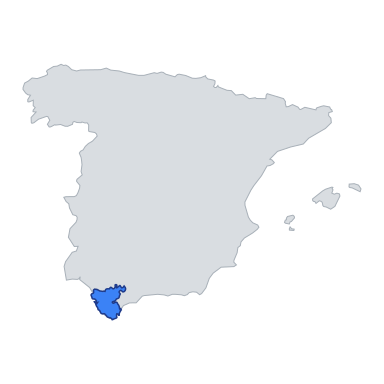 Spain, with Cádiz highlighted
{"feature_id": "ESP-5812", "entity_name": "Cádiz", "entity_type": "Autonomous Community", "adm_level": 1, "iso_a3": "ESP", "parent_name": "Spain", "parent_adm1": "", "projection": "equal_earth", "projection_center": [-5.7, 36.526], "detail": "fine", "context": "in_parent", "style": "filled", "palette": "blue", "viewbox_px": 384, "rotation_deg": 0, "n_neighbors": 0, "source": "natural_earth", "source_scale": "10m", "svg_char_len": 5702}
<svg xmlns="http://www.w3.org/2000/svg" viewBox="0 0 384 384"><path d="M205.6,75.7L205.7,76.8L207.7,78.9L213.6,80.1L215.1,81.0L214.9,83.9L213.5,86.4L214.8,87.5L216.2,87.5L217.9,85.5L218.3,86.8L221.1,88.0L227.0,90.3L231.3,90.6L235.7,95.1L242.8,94.3L249.2,98.7L255.2,97.7L256.5,98.5L265.8,98.7L266.2,95.1L267.2,93.7L283.5,98.6L285.5,101.7L285.2,103.2L286.2,106.8L288.3,106.6L292.5,104.6L298.0,107.1L299.6,109.3L300.7,109.5L304.8,107.3L316.0,109.9L316.4,108.2L317.2,107.7L321.8,106.2L323.7,105.8L329.7,107.0L330.5,109.0L331.7,109.8L332.3,111.6L328.8,112.6L328.6,115.6L330.9,118.2L331.3,122.7L325.5,128.4L308.7,138.2L303.3,144.0L290.6,147.0L277.5,151.4L269.8,159.2L271.8,159.8L274.3,162.5L273.5,163.6L270.1,165.5L267.0,166.0L261.5,175.7L253.8,185.7L250.9,190.2L244.9,202.0L245.0,205.4L248.4,217.1L250.3,220.2L252.8,222.8L257.7,225.0L258.9,227.2L257.3,229.3L252.6,233.0L244.4,238.0L241.0,241.9L240.3,245.7L237.9,247.5L237.1,252.8L234.0,260.2L233.8,262.2L236.4,264.9L233.9,266.6L221.1,267.2L213.2,273.1L209.3,278.3L205.9,287.9L201.6,293.6L199.6,294.7L196.6,292.2L192.8,291.8L189.2,292.6L187.3,294.6L184.3,295.7L181.4,294.8L175.1,294.3L172.3,294.3L167.9,296.0L164.1,294.9L157.7,294.3L144.0,295.6L142.2,296.2L136.2,302.8L129.5,302.9L123.4,305.6L119.4,311.9L118.6,315.4L117.4,314.5L116.5,314.8L116.0,317.4L111.8,319.1L107.1,316.9L103.2,313.8L101.2,313.5L97.9,308.6L96.4,305.5L95.4,302.1L95.4,299.7L92.4,298.4L91.7,295.3L93.9,291.2L96.7,289.0L94.1,289.2L92.1,291.8L89.7,287.6L79.7,279.6L80.3,276.7L78.6,278.9L77.4,279.4L72.3,279.1L66.4,280.1L64.1,266.4L65.6,261.6L72.2,252.3L76.4,251.0L78.1,246.3L74.3,246.5L68.4,237.3L70.0,228.7L76.0,222.3L77.0,219.7L77.2,217.3L76.1,215.7L72.8,214.7L69.5,208.0L68.8,203.8L66.1,201.5L63.8,197.3L65.9,196.7L74.3,196.6L76.4,195.6L77.9,192.8L79.6,188.2L79.9,185.4L76.7,181.5L76.6,180.6L77.0,179.3L82.2,174.9L81.1,171.6L82.0,164.7L81.6,160.7L81.1,157.4L79.3,153.1L80.5,151.3L83.1,149.9L85.3,146.4L88.4,143.5L92.4,141.2L97.2,136.1L96.4,133.8L94.8,132.5L89.0,131.5L88.6,130.5L88.7,125.0L87.2,122.8L85.1,123.0L81.9,122.0L81.1,122.7L77.0,122.5L74.1,121.5L72.9,122.3L72.5,124.3L67.7,126.3L65.0,126.2L60.6,124.5L55.5,125.1L54.9,124.7L50.6,126.9L49.2,127.0L47.4,124.3L49.8,120.3L47.8,116.6L46.5,116.4L38.5,119.2L33.8,122.8L31.9,123.3L31.3,122.6L31.1,117.5L36.1,112.0L33.0,111.7L33.2,110.1L35.2,107.6L33.2,105.7L33.3,100.2L28.9,102.0L27.8,101.7L27.8,99.5L30.5,95.2L27.7,94.7L25.6,93.0L23.0,89.4L23.1,87.5L24.6,83.1L28.4,81.0L32.1,78.0L37.2,78.6L44.8,76.0L47.5,74.6L47.4,72.8L46.5,71.4L47.3,70.2L53.6,66.5L57.3,66.1L61.1,64.3L63.6,65.5L65.8,65.1L68.4,66.5L71.7,69.7L76.6,71.0L80.5,70.0L100.6,69.7L106.3,68.1L110.7,70.1L119.3,71.0L124.5,72.6L138.7,75.4L143.9,75.4L154.2,72.7L157.1,73.4L161.2,72.1L163.2,72.4L165.8,74.2L175.0,76.8L177.3,74.6L179.1,74.2L185.7,75.5L192.3,78.2L195.8,78.4L200.8,77.7L205.6,75.7ZM331.8,193.1L334.3,194.2L336.8,193.2L338.1,193.5L339.5,194.0L339.9,196.1L334.9,206.4L330.7,209.2L326.2,207.0L323.7,206.5L322.9,205.6L322.2,202.3L321.0,201.3L319.3,200.8L316.0,203.4L314.9,201.6L313.3,201.3L312.6,200.3L312.6,198.9L322.7,190.9L325.6,189.2L331.9,187.1L332.9,187.4L332.1,188.7L333.0,189.8L331.8,193.1ZM361.0,188.9L360.1,191.7L352.2,187.9L349.7,187.5L349.0,186.9L349.2,184.1L354.3,183.7L358.5,185.1L361.0,188.9ZM290.1,221.9L289.3,224.0L285.4,223.2L284.5,222.4L285.3,220.1L286.4,219.8L286.4,218.2L287.5,216.5L292.9,215.2L294.2,216.3L294.5,217.9L291.4,221.5L290.1,221.9ZM294.1,230.1L293.6,230.5L289.4,230.1L289.3,228.8L290.1,226.9L291.7,228.8L294.1,229.1L294.1,230.1Z" fill="#d9dde1" stroke="#a8b0b8" stroke-width="1"/><path d="M119.2,315.2L118.7,315.2L118.5,314.4L118.0,314.1L117.4,313.9L116.9,313.8L116.9,314.2L116.6,314.5L116.5,314.9L116.5,315.4L116.7,315.8L116.6,316.1L116.6,316.6L116.8,316.9L116.9,317.2L116.8,317.6L116.6,317.8L116.4,318.0L115.9,318.2L113.3,319.2L113.0,319.5L112.2,319.7L111.7,318.7L110.6,318.0L110.2,317.7L109.6,317.9L109.0,317.7L108.5,317.4L107.4,317.0L107.1,316.7L106.5,315.8L104.8,314.0L104.3,313.7L103.8,313.7L102.6,313.9L101.3,313.5L100.6,312.6L100.1,311.4L99.5,310.4L98.1,309.6L98.0,309.1L97.9,308.6L97.7,307.9L97.5,307.4L96.6,306.3L96.0,304.8L95.7,303.8L95.1,302.6L94.5,302.1L94.3,301.8L94.6,301.7L94.8,301.7L95.6,302.5L95.9,302.8L95.7,303.1L95.9,303.4L96.3,303.9L96.6,303.8L96.8,303.7L97.1,303.2L97.6,302.5L96.9,302.7L96.5,302.6L96.3,302.1L96.5,301.1L96.2,300.4L95.0,299.2L94.7,299.0L93.0,298.9L92.5,298.8L92.2,298.4L91.8,297.0L91.6,296.4L91.2,295.7L91.1,295.1L91.2,294.5L91.7,293.9L92.1,293.7L93.1,293.3L93.4,293.0L93.7,292.2L93.5,290.8L93.6,290.0L94.5,289.2L96.3,289.4L98.2,290.0L99.6,290.9L102.9,291.4L103.7,291.1L105.0,291.4L105.3,290.3L105.7,289.6L106.2,289.1L107.2,288.8L109.5,288.8L110.1,287.7L110.7,287.3L111.4,287.5L112.8,288.7L113.3,288.8L113.9,288.6L114.4,288.2L114.8,287.6L115.1,286.9L115.2,286.5L115.1,285.3L115.1,285.0L115.3,284.8L115.7,284.6L116.1,284.6L116.4,284.7L116.7,284.9L116.9,285.3L116.8,285.8L116.3,286.9L116.4,287.5L116.6,287.8L116.9,287.8L119.7,285.6L119.9,285.5L120.2,285.7L121.4,287.6L121.7,287.8L122.2,287.8L122.8,287.5L123.3,287.1L124.1,286.0L125.3,287.6L125.6,288.6L125.5,289.7L125.1,290.6L124.4,291.4L123.7,291.8L122.8,291.9L121.1,290.4L120.4,290.4L120.0,290.7L119.2,291.5L119.1,292.0L119.3,292.7L120.2,293.8L120.1,294.5L119.6,295.3L119.1,297.4L118.7,298.0L118.0,298.4L116.4,299.0L116.2,299.3L115.7,300.2L115.4,300.5L114.8,301.0L112.7,301.7L112.4,301.9L112.3,302.3L112.5,302.7L112.8,303.0L113.2,303.2L113.7,303.2L114.7,302.6L115.6,302.3L116.5,302.2L116.9,302.4L117.2,302.8L117.8,304.1L118.7,305.2L119.2,306.5L119.6,308.9L120.7,308.5L121.3,309.9L121.2,310.0L120.8,310.4L120.4,310.5L120.4,310.8L120.5,311.1L120.2,311.5L119.4,313.2L119.3,313.6L119.2,315.2Z" fill="#3b82f6" stroke="#1e3a8a" stroke-width="1.5"/></svg>